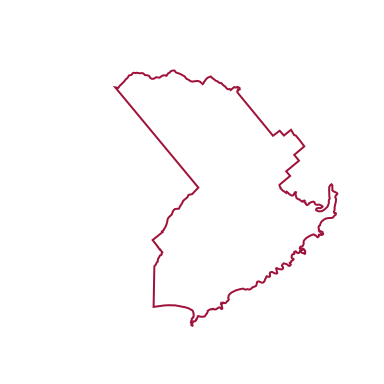 outline of Kiama, New South Wales, Australia, rotated 41°
{"feature_id": "25037944B41308394801248", "entity_name": "Kiama", "entity_type": "district", "adm_level": 2, "iso_a3": "AUS", "parent_name": "Australia", "parent_adm1": "New South Wales", "projection": "orthographic", "projection_center": [150.782, -34.696], "detail": "fine", "context": "isolated", "style": "outline", "palette": "rose", "viewbox_px": 384, "rotation_deg": 41, "n_neighbors": 0, "source": "geoboundaries", "source_scale": "gbopen_adm2", "svg_char_len": 6014}
<svg xmlns="http://www.w3.org/2000/svg" viewBox="0 0 384 384"><g transform="rotate(41 192 192)"><path d="M69.3,141.5L69.5,142.4L69.4,143.5L68.0,145.3L68.5,148.4L68.1,150.3L68.3,153.4L67.9,158.2L67.8,159.9L68.1,161.7L67.7,162.2L66.5,162.7L65.4,163.4L193.9,184.5L193.5,193.6L191.6,196.0L191.3,196.9L192.0,198.9L191.1,204.5L191.8,206.5L192.5,211.2L193.1,213.0L192.9,213.5L192.3,213.9L190.5,215.8L190.2,216.5L190.1,218.5L191.5,222.3L191.1,225.7L191.2,227.6L191.6,228.8L192.9,230.8L194.2,233.7L195.0,236.3L195.2,238.3L195.6,239.2L195.2,241.4L196.1,241.5L193.8,254.1L202.6,255.8L202.6,256.0L205.7,256.6L205.7,256.3L209.2,257.0L209.1,257.4L209.3,258.3L210.1,259.0L210.1,259.9L209.6,260.7L209.5,261.4L210.0,262.8L210.1,264.1L210.3,264.7L210.7,265.5L211.7,266.9L211.8,267.7L211.6,268.3L212.3,270.4L212.3,272.1L212.6,273.1L238.4,303.9L245.4,295.9L248.6,292.8L253.7,288.6L262.2,283.6L265.8,282.0L270.1,281.1L271.1,281.5L272.8,282.5L273.1,283.1L273.7,283.3L274.5,284.4L274.6,284.9L275.0,285.2L274.9,285.4L275.1,285.6L275.0,285.9L275.2,286.8L275.0,287.4L275.2,287.7L275.1,288.0L275.6,288.6L275.8,289.0L276.2,290.4L277.0,291.0L277.0,291.3L277.3,291.3L278.3,292.1L278.9,292.9L280.0,292.7L280.1,292.4L279.0,291.7L278.1,290.9L278.0,290.1L278.2,289.6L277.9,288.9L278.3,288.2L278.9,287.8L279.0,287.4L279.3,286.6L279.2,285.9L278.7,285.5L279.0,285.0L278.7,284.5L278.5,283.2L278.3,282.1L277.9,281.9L278.1,281.6L278.6,281.7L279.0,281.1L280.5,280.3L282.2,278.9L283.3,277.3L282.8,274.6L283.0,274.0L282.8,273.8L282.6,272.6L282.3,271.8L281.8,271.3L282.7,268.7L283.5,267.7L283.8,267.7L284.1,267.2L284.1,266.9L284.5,266.8L285.0,266.0L285.8,266.1L286.4,265.6L287.1,264.6L287.4,263.4L287.7,263.2L287.9,261.6L288.7,260.9L289.5,260.6L290.2,261.0L290.9,261.0L291.4,260.3L291.2,259.9L288.4,257.8L287.4,257.7L286.8,256.4L287.5,255.9L287.9,256.0L288.2,255.9L288.3,255.5L287.9,255.2L288.0,255.0L289.0,254.8L290.2,253.9L290.2,251.5L290.5,250.6L290.3,249.0L288.9,248.3L287.5,245.7L287.4,244.4L287.8,241.9L289.7,237.3L290.6,236.1L291.5,234.5L293.6,231.8L293.9,231.4L295.8,230.9L296.5,230.5L297.4,229.1L299.3,228.0L300.0,226.6L300.2,224.2L300.7,223.6L301.0,222.8L301.9,221.2L301.5,219.5L300.3,217.6L300.2,216.8L300.8,215.9L301.4,215.5L304.1,214.7L305.1,213.7L305.2,213.1L305.2,211.6L304.5,210.1L304.1,207.7L303.5,206.9L303.7,206.5L305.9,205.5L306.2,204.8L305.6,203.6L304.1,202.4L303.8,201.3L304.3,200.4L305.0,199.8L307.4,199.2L309.2,198.3L309.5,197.8L309.4,197.1L305.7,194.6L305.6,194.2L305.9,193.8L307.3,193.5L309.0,192.6L310.6,191.5L310.9,190.1L310.6,189.5L309.9,189.0L308.6,188.9L308.2,188.6L307.9,187.5L308.0,185.8L308.4,185.4L311.1,184.3L313.6,184.2L314.0,183.9L314.2,183.4L314.3,182.1L313.8,181.8L312.7,181.7L312.2,181.3L312.8,179.9L312.2,178.8L312.9,177.4L312.8,176.2L312.3,175.9L311.6,176.3L310.7,176.3L309.8,175.7L309.4,175.2L308.9,174.1L308.7,173.2L309.8,171.9L309.6,171.1L308.6,170.6L308.6,169.8L309.0,168.9L309.3,168.7L311.2,168.9L312.2,168.5L312.6,167.8L312.5,166.0L312.1,165.5L312.3,165.2L314.5,165.9L316.3,165.0L317.5,164.9L317.8,164.6L317.8,164.3L317.4,163.7L316.8,163.6L316.6,162.8L315.7,162.1L313.7,161.8L312.7,162.7L312.7,162.9L313.6,162.9L313.0,163.8L312.4,163.7L312.3,163.0L311.5,164.0L310.2,163.8L309.7,162.1L309.9,161.8L310.7,161.5L310.9,161.2L310.9,159.9L310.3,157.8L309.1,156.7L308.4,155.2L308.3,154.0L308.5,151.6L309.6,148.0L311.3,144.5L311.7,144.1L313.1,144.1L313.7,143.6L316.4,143.8L316.6,143.6L316.8,142.5L316.7,142.1L315.9,141.3L315.9,140.8L316.4,140.2L317.9,139.6L318.0,139.4L317.3,138.9L318.3,138.8L318.6,138.0L318.2,137.3L317.3,137.0L316.8,136.6L314.8,137.1L314.2,138.3L313.2,138.0L312.0,136.6L310.8,135.8L310.1,134.6L310.1,134.3L310.5,133.3L309.8,132.0L309.3,130.1L309.2,129.1L309.6,126.6L310.6,123.9L312.8,121.4L313.9,120.5L315.2,118.7L315.0,116.6L315.3,114.9L315.3,114.4L314.2,113.6L313.5,114.3L312.9,114.4L312.1,113.8L311.6,112.5L310.8,111.2L309.5,109.8L307.1,105.3L305.7,103.2L304.4,102.2L303.4,101.9L302.8,100.1L303.1,98.8L302.8,97.9L301.7,97.7L298.2,98.7L296.7,98.6L296.4,98.3L295.9,97.4L295.0,96.7L294.0,95.2L292.8,94.7L292.2,94.7L291.9,96.4L292.3,98.2L293.9,100.2L298.5,105.2L300.3,106.7L300.6,108.4L302.8,111.0L303.5,113.0L303.9,114.1L303.6,117.7L302.8,120.8L301.9,122.0L300.3,123.5L299.0,124.0L297.6,124.2L297.3,124.1L297.0,123.4L296.9,122.6L298.0,121.1L299.7,119.7L300.1,118.4L300.2,117.4L300.0,117.2L299.1,117.2L296.6,117.9L296.1,118.2L294.7,119.7L293.7,120.2L292.7,120.2L290.9,119.4L290.4,119.4L289.9,119.8L289.1,120.6L287.7,123.6L288.0,124.3L288.0,124.9L287.4,126.4L287.1,126.5L286.2,126.5L284.9,125.6L284.6,126.0L283.8,125.7L283.0,125.8L282.7,125.4L282.7,124.7L282.4,124.7L281.7,125.7L281.9,126.4L281.6,127.0L277.4,127.3L276.9,127.8L274.9,128.0L271.8,126.0L270.7,124.0L270.0,124.3L270.0,125.5L270.5,127.9L270.4,128.6L269.2,129.4L266.8,129.8L265.1,129.6L263.4,129.7L263.8,130.8L259.5,131.4L256.3,131.1L256.3,130.8L256.0,130.6L254.5,130.2L253.3,129.2L255.5,115.5L249.5,114.6L252.2,98.2L244.8,96.9L246.8,83.9L239.0,82.2L233.9,81.4L233.2,81.3L231.7,82.0L225.9,80.1L224.3,89.1L218.0,88.2L216.2,96.4L161.2,87.1L160.1,86.4L159.8,85.2L160.1,85.0L159.7,84.5L160.1,84.4L160.7,83.2L159.4,82.2L158.5,82.6L157.9,82.6L157.1,83.1L157.1,83.7L156.8,84.2L156.0,84.8L155.0,85.1L154.3,89.7L153.0,89.5L151.7,90.9L150.2,91.1L147.8,90.6L147.1,90.9L145.8,90.7L145.0,90.9L142.9,90.5L141.1,91.7L139.0,91.7L136.6,92.5L135.3,92.4L132.4,92.7L130.5,92.4L130.2,92.7L129.7,93.9L129.0,95.0L128.6,97.3L128.9,100.3L128.8,100.9L129.3,102.2L129.3,103.5L126.0,103.5L124.8,103.8L123.6,104.4L122.6,105.1L122.2,105.9L120.6,107.4L120.3,108.1L118.5,109.2L115.0,109.7L113.7,110.2L110.4,109.6L105.9,110.6L103.6,111.4L101.9,112.2L101.2,112.3L99.2,111.8L98.6,112.1L97.0,114.1L96.7,115.1L96.8,116.7L96.1,118.3L96.5,120.8L96.4,121.2L95.0,121.6L93.3,123.6L93.1,124.2L92.7,126.3L92.4,127.1L89.8,128.8L89.5,129.1L89.2,130.8L88.4,132.1L87.4,132.9L86.4,133.2L85.7,133.3L83.8,132.6L83.1,132.6L81.3,133.5L79.8,134.6L77.5,134.5L76.6,134.8L74.5,136.8L72.0,138.3L71.6,139.1L70.0,140.1L69.5,140.7L69.3,141.5Z" fill="none" stroke="#9f1239" stroke-width="2"/></g></svg>